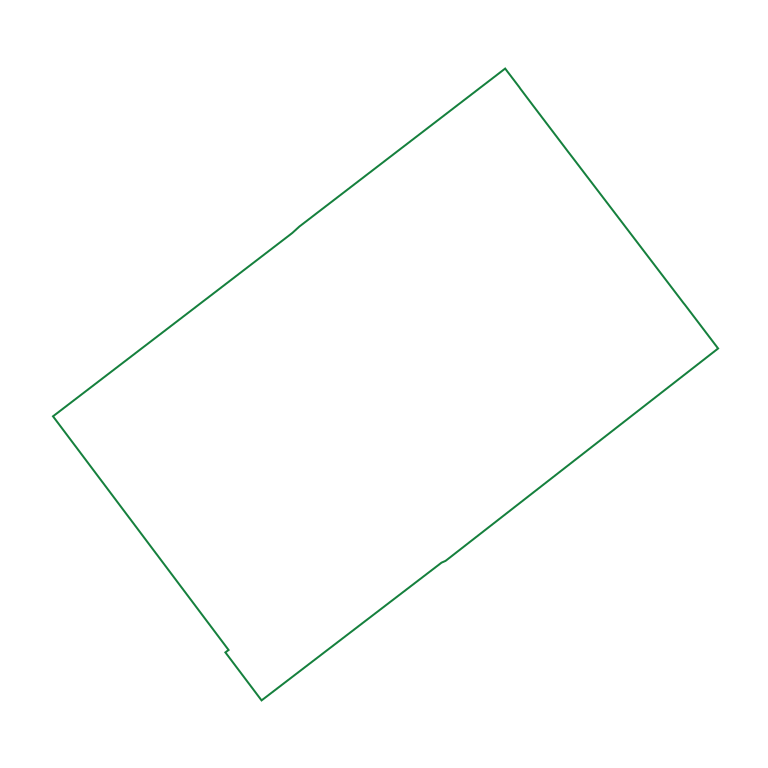 Kit Carson, Colorado, United States of America (Mercator projection), rotated 323°
{"feature_id": "52423323B73270525883232", "entity_name": "Kit Carson", "entity_type": "district", "adm_level": 2, "iso_a3": "USA", "parent_name": "United States of America", "parent_adm1": "Colorado", "projection": "mercator", "projection_center": [-102.364, 39.306], "detail": "fine", "context": "isolated", "style": "outline", "palette": "green", "viewbox_px": 768, "rotation_deg": 323, "n_neighbors": 0, "source": "geoboundaries", "source_scale": "gbopen_adm2", "svg_char_len": 451}
<svg xmlns="http://www.w3.org/2000/svg" viewBox="0 0 768 768"><g transform="rotate(323 384 384)"><path d="M672.2,556.7L672.0,501.7L671.9,499.4L671.9,496.9L671.3,386.1L671.0,339.0L670.9,319.1L670.8,309.3L670.8,305.9L670.6,250.5L670.6,230.0L670.7,228.5L670.6,209.0L670.6,205.0L411.3,207.3L401.5,208.2L281.7,209.2L100.2,210.6L99.8,502.9L95.8,502.9L95.8,563.0L322.4,561.3L326.7,562.3L672.2,556.7Z" fill="none" stroke="#15803d" stroke-width="2"/></g></svg>